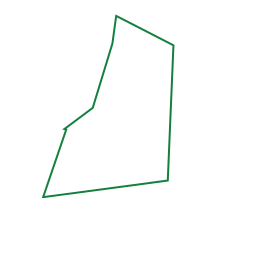 the district of 68, Al Daayen, Qatar, rotated 204°
{"feature_id": "91078587B27040506800660", "entity_name": "68", "entity_type": "district", "adm_level": 2, "iso_a3": "QAT", "parent_name": "Qatar", "parent_adm1": "Al Daayen", "projection": "equal_earth", "projection_center": [51.494, 25.372], "detail": "fine", "context": "isolated", "style": "outline", "palette": "green", "viewbox_px": 256, "rotation_deg": 204, "n_neighbors": 0, "source": "geoboundaries", "source_scale": "gbopen_adm2", "svg_char_len": 329}
<svg xmlns="http://www.w3.org/2000/svg" viewBox="0 0 256 256"><g transform="rotate(204 128 128)"><path d="M185.7,101.2L183.8,101.4L177.4,30.4L177.1,30.5L176.8,30.7L70.3,96.2L120.1,222.0L121.6,222.1L184.3,225.6L183.8,223.6L176.6,198.8L168.4,132.1L185.3,101.9L185.7,101.2Z" fill="none" stroke="#15803d" stroke-width="2"/></g></svg>